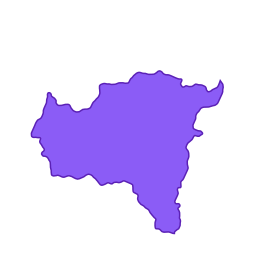 Constanza, La Vega, Dominican Republic, rotated 114°
{"feature_id": "3306468B51834332245466", "entity_name": "Constanza", "entity_type": "district", "adm_level": 2, "iso_a3": "DOM", "parent_name": "Dominican Republic", "parent_adm1": "La Vega", "projection": "orthographic", "projection_center": [-70.661, 18.86], "detail": "fine", "context": "isolated", "style": "filled", "palette": "violet", "viewbox_px": 256, "rotation_deg": 114, "n_neighbors": 0, "source": "geoboundaries", "source_scale": "gbopen_adm2", "svg_char_len": 5793}
<svg xmlns="http://www.w3.org/2000/svg" viewBox="0 0 256 256"><g transform="rotate(114 128 128)"><path d="M133.1,214.0L134.5,213.9L135.4,213.7L137.3,213.0L138.4,212.7L139.9,212.7L144.0,212.7L145.5,212.6L146.6,212.4L148.2,211.7L148.9,211.5L149.9,211.4L151.8,211.3L153.6,211.4L154.7,211.7L155.5,212.2L157.1,213.5L157.7,213.8L159.1,214.1L161.1,214.3L163.8,214.2L170.0,214.2L171.4,214.2L172.1,214.1L172.6,213.9L174.1,213.1L174.8,212.6L174.9,212.3L175.1,211.7L175.1,211.1L175.0,210.5L174.8,210.0L174.1,208.7L173.5,206.5L172.8,205.0L172.7,204.5L172.7,204.2L173.0,203.7L173.4,203.5L173.9,203.4L175.4,203.3L176.0,203.2L176.6,202.9L177.0,202.6L177.6,201.9L178.3,200.5L180.1,198.1L180.9,196.5L181.3,196.1L181.8,195.7L182.3,195.5L182.9,195.6L183.5,195.7L184.7,196.4L185.6,196.6L186.5,196.5L187.0,196.3L187.5,195.6L188.0,194.7L188.1,194.2L188.0,193.4L187.6,192.5L187.5,191.9L187.4,190.9L187.6,190.0L187.8,189.4L188.7,188.0L189.0,187.7L189.3,187.4L190.2,185.9L190.8,185.3L191.3,184.9L194.2,183.4L195.3,182.9L195.9,182.5L198.0,180.9L199.7,180.1L201.4,179.1L201.8,178.8L202.0,178.5L202.2,177.7L202.1,176.7L201.9,176.2L200.7,174.2L199.9,173.3L199.7,172.8L199.5,171.5L199.5,168.3L199.4,167.7L199.2,167.0L198.7,166.1L196.5,163.8L195.9,163.0L195.5,162.0L195.2,159.6L195.4,157.7L195.5,155.3L195.3,154.0L195.2,153.4L194.6,152.5L194.0,151.7L191.2,149.1L190.2,148.3L188.5,147.4L187.2,146.4L186.3,145.3L186.1,144.7L185.9,143.4L185.9,142.4L186.2,141.1L187.0,139.5L187.5,137.4L187.7,136.8L188.4,135.5L188.9,134.3L189.8,132.8L191.0,130.4L191.1,129.5L191.0,128.9L190.5,128.0L189.6,127.0L188.3,125.8L186.8,124.7L186.4,124.3L186.2,124.1L186.0,123.5L185.9,120.9L185.6,120.0L185.2,119.6L183.9,119.0L183.5,118.7L182.3,116.7L182.1,116.1L181.7,114.3L181.2,113.4L180.1,112.2L178.4,110.9L178.1,110.5L177.8,109.6L177.8,108.6L177.7,103.1L177.8,102.1L177.9,101.2L178.2,100.6L178.4,100.4L180.3,99.3L182.3,98.4L183.7,97.6L184.1,97.2L184.4,96.6L184.5,96.0L184.7,93.0L184.8,92.3L185.4,91.6L185.8,91.2L186.4,91.0L188.2,90.6L189.1,90.2L190.1,89.3L191.0,88.3L192.3,85.6L192.5,85.0L192.8,82.1L193.0,81.5L193.8,79.5L194.1,77.0L194.3,76.1L194.8,75.2L196.3,73.4L197.7,70.7L199.1,67.7L199.5,66.3L199.7,65.8L200.1,65.4L200.6,65.2L202.7,64.9L203.6,64.7L206.4,63.5L208.0,62.5L208.4,62.1L208.6,61.6L208.5,61.0L207.8,59.3L207.7,58.1L207.9,57.1L208.7,55.2L208.8,54.6L208.7,53.7L208.5,52.7L206.6,49.0L206.4,48.4L206.2,47.4L206.0,44.2L205.8,43.5L205.5,42.7L204.4,43.1L203.8,43.1L203.3,43.0L200.9,41.8L199.4,40.7L197.1,40.7L195.8,40.8L193.8,41.6L192.0,42.1L191.5,42.3L190.5,43.0L189.7,44.0L189.3,44.4L187.4,45.0L184.4,46.4L183.1,47.5L181.7,49.4L181.5,49.5L181.0,49.7L180.5,49.6L179.3,49.1L178.8,48.9L178.2,48.9L177.6,49.1L177.2,49.4L176.7,50.2L176.6,50.8L176.8,51.6L177.5,52.8L177.6,53.4L177.5,54.0L177.2,54.5L176.8,54.9L176.0,55.4L174.6,55.5L169.7,55.4L167.7,55.5L167.1,55.7L166.5,56.1L164.5,57.7L163.9,57.9L163.3,58.0L162.4,57.9L162.0,57.6L161.7,57.2L161.3,56.1L160.9,55.8L160.4,55.7L159.7,55.9L156.4,57.6L155.5,57.8L154.6,57.6L153.0,56.9L151.6,56.7L142.8,56.6L140.7,56.7L140.0,56.9L139.5,57.2L137.1,59.0L134.4,60.3L133.4,60.5L130.6,60.6L129.5,60.8L128.9,61.0L126.5,62.2L125.4,63.0L124.5,63.9L124.0,64.8L123.5,65.8L122.9,66.5L122.2,67.1L121.2,67.3L119.5,67.4L117.7,67.2L116.8,66.9L115.5,66.2L112.7,64.9L111.7,64.7L109.0,64.5L108.2,64.2L107.9,64.1L107.6,63.5L107.2,61.0L106.8,60.1L106.5,59.6L106.0,59.3L104.9,58.7L103.7,57.8L103.1,57.6L102.6,57.7L102.2,58.0L101.8,58.7L101.3,60.1L101.3,60.7L101.7,61.9L102.0,62.9L102.1,65.3L102.1,66.4L102.0,67.4L101.8,67.9L101.5,68.4L99.8,69.4L98.9,69.8L97.5,69.9L93.8,69.9L92.4,69.9L91.3,70.2L89.8,70.9L88.7,71.1L87.3,71.1L86.3,71.0L84.0,70.1L80.9,69.6L80.2,69.3L79.7,69.0L78.7,68.0L78.1,67.2L76.1,63.1L75.7,62.5L73.2,59.6L72.1,58.1L71.5,57.5L70.0,56.6L69.5,56.4L68.8,56.2L67.0,56.1L58.6,56.0L57.2,56.1L56.2,56.3L54.6,57.0L52.1,57.6L49.9,58.9L49.3,59.5L48.1,61.5L47.2,63.0L49.3,62.8L52.2,62.7L53.6,62.8L54.6,63.1L55.2,63.4L55.7,63.9L58.4,66.2L58.9,66.6L60.1,67.1L60.9,67.7L61.8,68.6L62.2,69.4L62.3,69.7L62.2,70.2L61.4,71.6L61.1,72.0L60.0,72.7L59.6,73.1L59.2,73.6L58.9,74.1L58.7,75.2L58.7,76.2L58.7,77.6L58.9,78.7L59.8,81.0L60.1,83.0L60.4,83.9L60.6,84.2L61.0,84.5L63.6,86.1L64.0,86.5L64.8,88.0L65.2,88.8L65.4,89.5L65.6,91.2L65.8,92.1L66.2,92.5L67.1,93.1L67.8,93.7L68.1,94.2L68.3,94.8L68.2,95.4L67.9,95.9L66.9,97.4L66.5,97.8L65.6,98.1L63.0,98.1L62.5,98.2L62.0,98.5L61.7,99.0L61.7,99.3L61.8,99.8L62.5,101.3L62.7,102.7L62.8,104.9L62.8,110.1L62.9,111.9L63.1,112.9L63.8,114.6L64.1,115.9L64.1,117.0L63.9,118.1L63.0,119.9L62.9,120.6L62.8,121.5L63.0,122.4L63.6,123.2L64.0,123.6L65.9,124.5L67.8,125.7L68.2,126.1L69.2,127.9L70.6,130.9L70.8,131.9L71.1,134.4L72.0,136.6L72.4,139.8L72.7,140.5L73.2,141.3L73.9,142.0L74.7,142.6L77.8,144.1L80.2,144.7L81.6,145.4L82.2,145.6L83.2,145.7L85.6,145.8L86.2,145.9L86.8,146.2L87.1,146.6L88.1,148.4L88.3,148.9L88.8,151.1L90.1,153.9L90.6,154.8L92.6,156.8L93.3,157.6L93.6,158.2L95.0,160.9L95.4,163.1L96.3,165.0L96.7,166.9L97.0,167.8L97.5,168.6L98.2,169.4L99.1,170.3L99.8,170.8L100.7,171.1L101.2,171.1L103.3,170.2L104.8,169.3L107.5,167.9L108.5,167.7L109.8,167.6L111.5,167.7L112.4,167.9L114.3,168.7L116.5,169.3L118.1,170.0L119.0,170.3L120.4,170.4L123.6,170.5L124.6,170.6L125.2,170.9L125.8,171.3L127.0,172.5L127.5,173.3L128.3,175.0L129.5,176.9L132.6,178.9L133.0,179.2L134.0,180.9L134.4,181.8L134.5,183.1L134.5,184.1L134.3,185.4L132.9,188.1L131.2,190.1L130.9,190.7L130.7,191.3L130.7,191.9L130.9,192.7L132.0,194.9L134.3,197.8L135.5,200.2L135.6,200.8L135.6,201.4L135.4,202.3L134.3,203.9L133.9,204.2L132.4,204.7L131.8,205.3L131.0,206.7L130.7,207.3L130.6,207.9L130.3,209.8L130.1,210.6L129.8,211.0L128.7,211.8L128.1,212.4L127.8,212.9L127.7,213.8L127.8,214.4L128.1,214.9L128.6,215.3L129.2,215.3L129.8,215.3L130.4,215.1L131.9,214.3L133.1,214.0Z" fill="#8b5cf6" stroke="#5b21b6" stroke-width="1.5"/></g></svg>